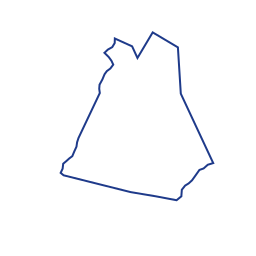 outline of Alagoinha, Paraíba, Brazil, rotated 64°
{"feature_id": "56859067B68109418680898", "entity_name": "Alagoinha", "entity_type": "district", "adm_level": 2, "iso_a3": "BRA", "parent_name": "Brazil", "parent_adm1": "Paraíba", "projection": "mercator", "projection_center": [-35.53, -6.971], "detail": "fine", "context": "isolated", "style": "outline", "palette": "blue", "viewbox_px": 256, "rotation_deg": 64, "n_neighbors": 0, "source": "geoboundaries", "source_scale": "gbopen_adm2", "svg_char_len": 674}
<svg xmlns="http://www.w3.org/2000/svg" viewBox="0 0 256 256"><g transform="rotate(64 128 128)"><path d="M142.3,206.6L186.8,153.7L201.7,132.8L214.2,116.0L212.8,110.0L207.1,106.7L204.8,101.9L204.4,97.8L203.1,93.4L200.4,88.4L197.0,82.2L197.5,77.8L196.0,72.4L196.9,66.8L120.3,65.5L77.4,47.8L52.9,63.9L69.2,88.8L56.4,88.5L41.8,100.6L45.8,102.7L48.4,106.7L48.7,111.7L50.1,116.2L55.8,114.2L60.4,113.4L64.6,113.5L66.8,117.8L67.6,122.1L69.4,125.5L73.1,129.7L76.6,134.6L80.2,136.7L84.2,138.0L115.3,176.9L118.5,180.0L122.2,182.5L125.4,186.4L128.9,190.4L129.6,194.1L130.7,197.9L131.7,201.9L135.9,204.6L138.8,208.2L142.3,206.6Z" fill="none" stroke="#1e3a8a" stroke-width="2"/></g></svg>